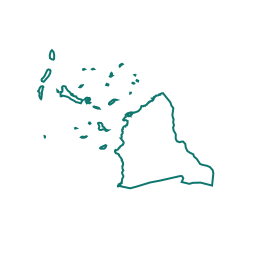 Alluhayah, Al Hudaydah, Yemen, rotated 20°
{"feature_id": "15242507B84016376764538", "entity_name": "Alluhayah", "entity_type": "district", "adm_level": 2, "iso_a3": "YEM", "parent_name": "Yemen", "parent_adm1": "Al Hudaydah", "projection": "orthographic", "projection_center": [42.589, 15.671], "detail": "fine", "context": "isolated", "style": "outline", "palette": "teal", "viewbox_px": 256, "rotation_deg": 20, "n_neighbors": 0, "source": "geoboundaries", "source_scale": "gbopen_adm2", "svg_char_len": 5845}
<svg xmlns="http://www.w3.org/2000/svg" viewBox="0 0 256 256"><g transform="rotate(20 128 128)"><path d="M148.9,83.3L148.3,83.9L147.6,84.0L146.8,85.0L146.9,85.5L146.5,85.5L146.2,86.0L145.9,85.9L145.9,86.3L144.8,87.3L144.2,87.5L143.4,88.3L143.2,88.2L142.6,89.3L142.8,89.6L142.6,89.4L142.5,89.7L142.4,89.6L142.5,89.9L142.0,90.0L142.1,90.4L141.7,90.7L142.0,91.3L141.6,91.6L142.3,91.6L141.6,91.8L142.1,92.0L141.8,92.5L142.4,92.8L141.9,92.8L142.1,93.1L141.4,94.2L141.0,94.0L140.0,95.4L139.6,95.5L139.4,96.1L139.1,95.9L138.9,96.2L138.4,97.1L138.4,97.8L137.8,98.5L137.9,99.2L136.5,101.0L136.4,101.4L135.9,101.3L135.3,101.7L134.7,102.5L133.2,102.7L133.2,105.8L131.9,108.7L129.6,110.7L129.0,110.9L128.5,111.6L127.7,111.7L126.5,114.6L126.2,115.6L126.4,116.0L125.8,116.0L124.6,116.7L124.1,116.0L123.8,116.3L123.4,114.9L122.8,114.8L122.6,115.1L122.5,114.5L122.2,114.8L122.0,115.3L121.3,116.5L122.2,118.3L121.5,119.0L120.6,121.9L120.9,122.3L122.0,122.2L122.7,121.5L123.4,121.4L125.3,121.6L126.1,124.5L125.7,124.9L125.9,125.6L124.8,125.6L125.6,125.8L124.8,126.9L124.9,127.3L124.5,127.2L123.9,127.9L124.1,128.1L123.8,128.0L123.5,128.3L123.2,129.2L123.1,130.2L123.7,130.8L123.6,131.2L123.2,131.0L123.1,131.8L123.7,133.1L124.4,133.4L124.7,134.7L124.3,136.5L124.0,136.6L123.7,136.2L125.0,137.9L124.9,138.4L125.5,140.1L124.9,140.3L128.4,142.5L129.0,143.3L129.0,145.2L128.7,145.2L128.4,146.2L127.1,147.8L126.8,149.4L126.5,149.4L126.3,150.3L126.1,150.4L126.0,151.5L124.6,153.1L123.7,153.0L123.6,154.0L124.1,155.0L125.2,155.8L127.1,155.7L128.7,156.1L129.0,156.9L132.7,159.3L133.3,160.1L133.0,160.3L133.1,160.5L133.4,160.4L134.0,161.4L135.0,162.0L135.2,162.9L135.8,163.6L136.0,164.9L135.7,165.7L136.8,168.2L138.1,169.4L137.6,171.6L137.9,172.5L140.0,174.6L140.3,175.5L139.9,177.9L140.5,179.8L140.5,181.0L141.0,181.7L140.7,182.1L140.3,181.7L139.7,183.0L139.0,183.6L138.8,184.4L138.5,184.4L138.3,185.9L138.5,186.3L139.0,186.1L139.6,184.9L140.3,184.2L140.8,184.6L140.8,185.3L150.7,183.9L155.6,180.5L167.3,171.7L176.7,166.1L193.6,155.2L195.4,154.8L197.2,156.4L196.9,160.4L204.7,159.5L207.8,157.3L214.9,154.5L226.7,153.3L223.7,141.4L222.0,138.7L218.5,136.7L215.2,136.5L209.9,137.2L208.0,137.1L203.3,133.6L199.7,132.2L198.4,130.4L194.3,130.0L191.7,129.3L189.0,126.7L187.3,123.4L184.4,121.9L183.0,122.5L181.4,123.7L180.7,123.8L180.1,123.6L178.8,123.8L177.7,123.0L176.5,121.8L175.0,117.5L171.7,114.7L170.2,112.1L170.3,109.8L168.5,107.2L167.8,104.0L167.2,103.6L165.3,100.8L163.8,93.8L161.5,92.4L158.9,89.3L148.9,83.3ZM54.5,110.4L52.7,110.8L52.0,112.2L53.0,113.4L53.1,113.7L52.8,114.0L53.7,115.3L53.8,116.2L53.2,117.3L52.7,117.1L52.1,117.4L53.9,121.2L54.9,120.9L55.2,120.0L60.0,119.4L62.7,119.7L63.7,120.3L68.5,120.9L70.3,121.5L71.6,121.2L75.2,120.9L75.5,119.7L75.3,118.8L76.0,117.4L73.8,117.2L71.3,117.6L68.9,116.8L68.6,116.1L66.3,116.6L63.5,116.3L63.1,116.0L63.4,115.5L64.5,115.7L65.1,116.1L65.3,115.9L64.6,115.6L64.3,115.1L62.2,115.1L60.7,114.1L58.9,113.6L56.2,111.8L55.3,110.5L54.5,110.4ZM33.0,113.4L35.6,106.6L36.1,103.4L35.7,100.8L34.7,100.0L33.2,100.2L32.4,101.1L31.8,107.6L31.2,109.7L30.3,111.3L30.3,112.4L31.0,113.4L33.0,113.4ZM102.8,133.5L101.3,132.5L99.3,132.8L98.2,133.6L98.4,134.2L100.2,135.8L100.7,136.9L100.7,138.5L101.5,139.2L102.2,139.4L103.3,139.1L104.5,138.1L106.2,137.4L107.6,137.8L107.9,138.2L109.0,138.1L110.0,137.0L109.3,137.2L107.8,137.0L106.3,136.4L105.9,135.9L104.7,135.3L103.6,135.3L103.1,134.7L102.8,133.5ZM34.5,118.5L33.6,117.9L33.2,118.0L31.9,118.9L31.4,120.4L31.4,122.8L30.9,123.9L31.0,124.3L32.8,124.9L33.7,128.2L35.2,129.9L36.4,130.6L36.5,129.9L35.4,125.3L35.1,124.9L35.0,123.7L34.6,122.8L34.7,121.3L34.2,120.2L34.5,118.5ZM34.6,89.3L34.9,88.3L33.7,84.7L32.1,82.1L29.9,80.9L29.3,82.3L29.3,84.0L29.7,86.7L30.9,89.1L32.9,89.5L34.6,89.3ZM102.9,112.3L104.0,111.2L105.8,108.5L106.2,106.5L107.7,105.5L106.2,105.6L104.8,106.2L103.8,107.2L103.5,108.0L102.2,109.8L101.7,111.3L102.1,112.2L102.9,112.3ZM109.2,156.8L112.5,155.7L113.3,154.6L113.5,153.9L113.6,151.9L112.7,151.8L109.0,155.5L108.6,156.5L109.2,156.8ZM79.3,116.2L80.3,115.8L80.6,115.2L80.3,114.1L79.1,113.5L78.3,114.1L77.4,116.1L79.3,116.2ZM93.8,119.1L90.5,119.2L89.5,119.6L89.0,119.3L88.4,119.7L88.6,120.0L89.6,120.1L92.7,120.1L94.5,119.6L93.8,119.1ZM91.6,150.9L91.9,149.9L92.2,149.7L92.3,149.4L92.4,149.1L92.2,149.7L91.8,149.9L90.3,151.2L87.9,151.8L87.2,152.4L87.0,152.8L88.0,152.9L89.9,152.3L91.6,150.9ZM70.0,105.3L70.8,103.5L70.8,103.3L69.2,104.2L68.5,106.2L69.3,106.1L70.0,105.3ZM99.3,73.1L100.1,71.2L101.2,69.9L100.6,69.7L100.0,70.1L98.9,71.6L98.9,72.8L99.3,73.1ZM81.9,115.9L82.6,115.3L82.4,114.6L82.6,114.0L82.1,113.7L81.4,114.2L81.1,115.5L81.4,115.9L81.9,115.9ZM92.9,95.1L94.8,94.7L94.7,93.8L92.9,93.8L92.9,95.1ZM95.3,84.4L93.7,84.7L93.3,85.7L94.0,85.9L94.5,85.6L95.3,84.4ZM94.9,83.6L94.5,82.5L93.7,81.9L93.3,82.8L93.4,83.5L94.9,83.6ZM91.2,136.6L90.3,135.9L89.7,136.1L89.6,136.9L90.7,137.3L91.2,136.6ZM119.9,80.0L119.8,80.6L120.0,80.8L121.5,80.8L121.4,80.1L119.9,80.0ZM118.8,84.0L118.5,83.8L117.0,83.8L116.8,84.2L117.8,84.5L118.6,84.2L118.8,84.7L118.8,84.0ZM83.8,117.3L82.6,117.4L82.1,117.8L83.1,118.1L83.5,117.9L83.8,117.3ZM67.3,87.6L66.5,87.5L65.7,88.1L65.7,88.4L66.1,88.7L67.3,87.6ZM81.3,118.4L80.5,117.7L79.8,118.0L80.9,118.9L81.3,118.4ZM49.7,117.1L48.7,116.8L49.4,118.1L50.0,118.1L49.7,117.1ZM74.4,85.2L75.6,84.4L75.8,84.3L75.3,84.1L74.7,84.4L74.1,85.1L74.4,85.2ZM78.8,145.8L78.3,146.2L78.6,146.6L79.6,145.9L78.8,145.8ZM125.4,112.9L125.3,113.0L125.1,113.2L124.4,113.2L124.3,113.7L125.8,113.7L125.3,113.2L125.4,112.9ZM127.1,111.9L125.5,112.2L125.2,112.4L125.0,112.6L125.0,112.8L125.4,112.4L126.4,112.6L127.1,111.9ZM118.7,94.5L118.6,93.9L118.0,94.1L118.3,94.9L118.7,94.5ZM52.8,164.2L52.4,164.2L53.5,166.1L52.8,164.2ZM116.9,75.7L116.4,75.6L116.0,75.9L116.8,76.2L116.9,75.7ZM81.8,113.2L81.5,112.9L81.0,113.1L81.6,113.3L81.8,113.2Z" fill="none" stroke="#0f766e" stroke-width="2"/></g></svg>